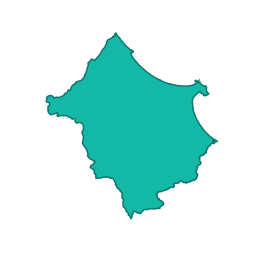 Bang Saphan, Prachuap Khiri Khan, Thailand, rotated 295°
{"feature_id": "78962969B53971782347722", "entity_name": "Bang Saphan", "entity_type": "district", "adm_level": 2, "iso_a3": "THA", "parent_name": "Thailand", "parent_adm1": "Prachuap Khiri Khan", "projection": "albers", "projection_center": [99.443, 11.301], "detail": "fine", "context": "isolated", "style": "filled", "palette": "teal", "viewbox_px": 256, "rotation_deg": 295, "n_neighbors": 0, "source": "geoboundaries", "source_scale": "gbopen_adm2", "svg_char_len": 5861}
<svg xmlns="http://www.w3.org/2000/svg" viewBox="0 0 256 256"><g transform="rotate(295 128 128)"><path d="M208.8,76.6L207.2,76.4L206.9,77.3L206.2,77.3L205.6,76.9L205.4,76.2L204.7,76.1L204.4,75.6L203.5,75.7L202.6,75.2L201.5,74.1L200.0,73.4L199.3,72.4L197.7,72.4L197.1,72.1L195.1,73.1L194.3,73.1L193.2,72.6L191.6,73.0L188.5,71.8L184.3,71.7L182.6,71.4L176.4,69.6L175.1,69.1L175.1,68.7L175.4,68.4L175.5,68.1L174.7,65.5L174.1,65.7L173.0,65.5L170.6,64.4L169.8,64.4L168.2,65.4L167.5,65.6L165.5,65.6L162.9,66.3L161.7,66.2L160.4,66.7L158.5,66.3L157.2,66.4L157.0,66.9L156.5,66.8L156.2,67.0L153.9,66.2L153.0,66.2L150.8,65.1L150.6,64.6L149.4,63.5L149.4,63.2L148.6,62.6L147.3,61.2L146.0,61.9L145.1,61.4L145.3,61.0L143.6,59.8L141.1,59.4L137.7,59.7L137.1,57.7L135.9,58.0L134.3,57.6L131.8,55.8L130.7,56.3L130.1,56.2L128.6,54.3L126.9,53.2L126.4,52.4L125.7,50.2L124.2,48.3L124.2,47.9L124.9,46.2L125.0,45.3L124.8,44.1L124.1,43.1L122.7,41.9L121.4,41.4L120.5,41.9L118.4,42.3L117.5,42.8L117.2,43.3L117.8,46.2L117.1,46.5L116.8,47.1L116.0,47.2L113.9,46.3L113.1,46.6L112.3,47.4L111.0,47.3L110.5,48.5L110.3,48.7L109.2,48.5L108.4,49.4L107.4,51.7L107.5,52.4L108.0,53.2L110.9,56.6L112.0,57.3L111.8,57.8L111.1,58.0L110.7,58.7L109.2,58.5L108.9,58.8L109.0,59.9L109.9,60.5L111.0,62.0L111.8,63.8L111.8,64.5L112.3,65.0L113.3,67.3L113.3,68.1L112.9,69.2L113.2,71.5L112.7,72.5L112.5,73.9L113.8,75.2L113.9,76.1L113.4,76.6L111.7,77.2L111.3,78.4L110.8,78.7L110.7,79.1L112.7,81.9L112.7,84.5L111.7,86.0L110.5,86.9L110.1,87.4L107.2,88.3L105.0,88.0L103.2,89.2L101.5,91.3L100.3,91.5L98.9,92.3L98.1,92.3L95.0,93.1L94.6,93.8L93.5,95.0L93.3,95.8L92.7,96.3L92.4,97.5L90.2,100.4L89.2,101.0L88.8,101.9L86.4,103.2L85.8,103.0L84.9,104.3L84.0,106.6L84.1,108.9L83.6,110.0L83.9,112.4L80.1,111.7L78.5,110.3L76.4,110.5L76.1,110.9L76.2,112.0L75.8,113.1L76.0,114.2L74.5,115.7L72.7,116.6L71.9,118.7L70.6,119.2L69.8,120.1L69.0,120.2L69.7,122.0L70.7,123.2L71.3,124.7L72.9,126.2L73.8,127.8L74.0,128.8L74.8,129.6L74.9,130.8L75.3,131.8L75.0,133.2L75.6,134.2L75.9,135.2L75.6,136.1L74.7,137.6L72.5,140.3L72.0,140.5L71.3,140.5L71.5,141.9L70.0,142.4L68.7,144.7L68.7,146.5L68.2,146.8L67.2,148.0L67.0,149.2L66.5,150.4L65.9,150.8L65.1,150.7L63.8,151.5L62.7,151.7L61.7,152.8L61.6,153.6L61.3,154.0L61.3,154.5L59.8,154.7L59.0,154.5L57.5,155.4L56.9,156.0L55.0,156.6L54.6,157.4L53.6,160.2L53.0,160.4L51.5,162.0L50.9,164.3L50.5,164.7L49.4,165.0L49.0,165.8L49.0,166.5L48.8,166.9L48.2,167.9L47.2,168.8L48.8,169.3L50.8,168.3L52.5,168.7L54.3,168.2L54.9,168.3L55.3,170.1L55.0,172.8L55.7,175.3L56.3,175.7L57.5,175.7L58.7,176.4L60.6,176.8L61.4,178.0L62.2,180.1L64.2,181.9L64.2,182.7L65.1,183.7L65.1,184.5L65.7,185.2L65.8,186.5L66.9,187.5L67.3,188.5L67.9,188.7L68.2,190.2L68.8,190.8L70.4,190.5L71.3,191.2L72.0,191.2L72.9,192.3L74.5,192.3L75.6,191.1L75.5,190.1L76.1,189.2L76.0,187.2L76.3,186.7L77.0,186.4L77.0,186.0L76.7,185.7L76.8,184.6L77.2,184.1L78.8,183.2L79.0,182.6L79.6,182.3L79.7,182.0L80.0,182.2L80.8,182.3L81.9,181.9L82.1,182.4L83.2,182.4L83.2,183.1L84.4,184.3L84.2,184.9L85.6,186.0L89.3,190.0L91.0,190.3L90.7,190.6L90.9,191.0L92.7,192.0L93.0,193.7L93.4,193.8L94.4,194.7L95.3,194.4L96.0,193.2L96.3,193.2L97.2,193.6L98.5,194.8L98.7,196.0L100.2,197.5L100.8,197.5L101.3,197.8L102.6,197.7L102.8,198.0L102.6,198.3L102.9,198.6L102.7,198.9L102.8,199.5L102.4,199.6L102.3,200.3L102.0,200.9L102.2,201.9L102.8,202.8L102.7,203.2L103.0,203.5L102.8,203.9L103.3,204.0L103.7,204.5L103.7,205.2L105.4,206.3L105.5,207.2L106.5,207.6L106.8,207.4L107.0,208.3L108.4,209.2L108.7,209.6L108.7,210.2L109.6,210.4L109.8,210.9L110.2,210.8L110.5,211.0L110.8,210.9L111.0,211.4L112.1,211.3L112.8,211.0L113.9,211.1L114.5,210.6L115.0,210.8L115.4,210.8L115.4,210.3L116.2,209.4L117.2,207.7L117.5,207.7L118.4,207.9L118.7,208.1L119.3,208.1L121.3,207.5L121.7,207.6L122.3,207.0L123.3,207.4L124.1,207.4L125.0,208.6L126.1,208.9L127.2,208.9L127.5,208.7L127.9,207.7L128.8,206.7L129.4,206.5L129.6,206.1L130.4,206.2L130.9,205.4L131.6,205.2L133.6,205.7L133.7,206.1L133.9,206.1L134.0,206.2L134.6,206.7L135.7,207.9L135.9,207.9L136.0,207.6L136.2,207.8L136.4,207.4L136.8,207.4L136.8,207.6L137.4,208.1L137.4,208.4L137.7,208.4L138.2,209.1L138.9,208.8L139.2,209.1L139.4,208.8L139.7,209.0L140.4,208.4L141.0,208.3L142.7,208.8L142.9,208.6L143.2,208.8L143.8,208.4L144.4,208.4L144.7,208.7L145.6,209.0L145.8,208.8L146.4,209.2L146.7,209.9L148.0,209.8L149.5,210.5L150.1,210.6L150.3,211.2L150.1,212.4L151.2,212.7L151.5,213.0L151.9,212.8L151.9,212.4L151.2,212.4L151.1,211.5L152.3,211.2L152.4,210.9L152.1,210.7L152.4,210.3L153.4,209.9L153.7,211.4L153.0,212.4L153.4,213.3L153.2,214.5L153.5,214.6L153.8,214.1L154.2,210.1L155.1,205.6L157.2,199.6L158.9,196.0L162.1,190.5L166.2,184.9L171.2,180.0L172.6,178.9L173.0,179.0L173.3,178.8L176.8,176.4L180.3,174.6L181.7,174.4L183.1,174.5L186.6,175.3L191.3,177.4L191.4,177.9L191.0,177.9L190.7,178.1L190.8,178.7L190.3,180.1L190.6,181.1L190.6,182.7L190.2,183.0L189.5,182.9L189.6,183.3L189.3,183.1L190.4,184.9L191.7,186.0L193.0,186.7L194.2,184.2L194.5,184.1L195.4,183.0L198.0,182.1L198.5,180.9L199.1,180.6L199.1,180.3L198.5,179.9L198.4,179.6L198.2,179.8L197.9,179.6L197.8,179.1L198.9,174.7L199.2,174.2L199.7,174.0L199.4,173.7L199.5,173.0L199.1,172.9L199.1,172.6L199.5,172.1L200.0,172.5L200.6,172.3L199.7,172.1L199.8,171.2L199.7,171.7L199.2,171.8L198.9,171.6L198.5,170.6L197.7,170.7L196.1,170.0L194.4,168.7L192.9,167.0L191.6,165.0L189.8,161.6L187.4,155.0L185.9,148.7L185.0,143.5L184.8,139.8L185.1,137.0L184.7,137.3L184.9,137.1L185.1,131.7L185.8,125.7L187.0,120.3L189.1,113.2L190.4,109.7L193.1,104.0L195.0,101.0L196.3,99.8L198.0,98.9L198.1,99.5L198.6,100.1L198.6,100.5L199.8,100.3L200.2,98.3L200.0,96.4L201.8,90.9L205.1,83.6L205.8,82.7L206.2,82.5L206.5,80.7L207.6,78.6L208.6,77.5L208.8,76.6ZM199.1,168.8L198.9,168.9L199.0,169.2L198.7,169.2L199.1,169.4L199.7,170.6L200.1,170.0L199.9,169.5L199.5,169.4L199.1,168.8Z" fill="#14b8a6" stroke="#0f766e" stroke-width="1.5"/></g></svg>